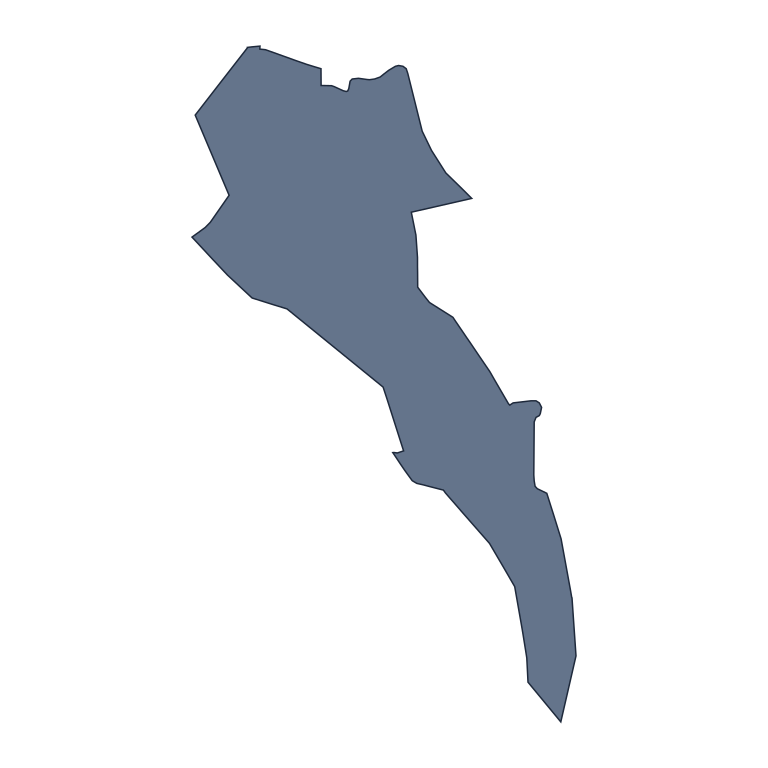 Qatabir, Sa`dah, Yemen
{"feature_id": "15242507B9763756756493", "entity_name": "Qatabir", "entity_type": "district", "adm_level": 2, "iso_a3": "YEM", "parent_name": "Yemen", "parent_adm1": "Sa`dah", "projection": "equal_earth", "projection_center": [43.344, 17.33], "detail": "fine", "context": "isolated", "style": "filled", "palette": "slate", "viewbox_px": 768, "rotation_deg": 0, "n_neighbors": 0, "source": "geoboundaries", "source_scale": "gbopen_adm2", "svg_char_len": 1753}
<svg xmlns="http://www.w3.org/2000/svg" viewBox="0 0 768 768"><path d="M572.0,597.8L571.7,597.3L570.5,590.3L561.1,538.9L553.3,513.8L551.6,508.5L546.8,493.3L537.3,488.7L535.1,486.3L534.2,480.9L533.8,475.0L534.2,421.9L536.0,417.4L539.3,415.6L540.3,413.6L541.6,407.4L539.3,402.9L536.0,400.8L531.1,400.8L513.1,402.9L509.8,405.1L508.5,403.8L495.1,380.8L489.9,371.7L479.2,356.0L473.8,348.0L470.5,343.1L466.4,337.2L465.4,335.7L459.6,327.2L455.1,320.6L453.0,317.4L452.6,317.1L429.5,302.5L426.6,298.9L424.8,296.6L417.7,287.2L417.6,272.5L417.5,266.4L417.5,265.0L417.5,257.4L415.9,234.8L415.8,234.5L415.0,230.6L413.9,225.0L411.3,212.2L471.7,198.4L462.4,189.1L445.8,172.9L431.5,150.4L422.2,131.2L407.8,73.5L406.2,68.7L403.0,66.3L398.6,65.5L395.4,66.3L388.7,70.3L383.9,74.0L380.2,77.0L374.6,79.0L369.5,79.7L367.1,79.5L358.5,78.3L352.2,79.0L350.1,81.2L348.8,88.5L347.7,91.0L346.2,91.5L343.1,90.7L334.4,86.7L331.6,85.7L321.1,85.5L321.0,68.7L314.3,66.7L306.5,64.3L305.1,63.8L295.9,60.6L265.5,49.7L261.8,49.3L261.4,49.3L259.8,49.1L260.0,46.1L251.6,46.9L247.5,47.4L247.6,47.6L223.1,79.1L195.2,115.1L229.1,195.3L210.3,222.3L205.2,227.5L192.0,237.1L213.0,259.7L227.6,275.2L252.1,298.0L274.0,304.9L287.0,308.9L319.1,335.0L383.1,387.1L386.7,398.0L399.9,439.4L403.6,450.9L397.2,453.0L396.3,452.8L393.9,452.5L392.8,452.6L395.7,456.9L399.0,461.9L400.4,464.0L404.9,470.6L405.0,470.7L405.4,471.3L412.0,480.4L412.4,480.8L416.8,483.4L423.4,484.9L429.4,486.5L443.4,490.1L445.4,492.9L449.9,498.1L460.4,510.1L460.5,510.3L487.5,541.1L489.5,543.4L503.1,566.6L508.1,575.2L510.8,579.9L514.7,586.6L522.3,629.9L522.5,631.3L522.6,631.7L525.7,651.0L526.5,656.1L526.6,656.8L526.8,658.1L528.0,682.2L560.8,721.9L576.0,655.9L572.0,597.8Z" fill="#64748b" stroke="#1e293b" stroke-width="1.5"/></svg>